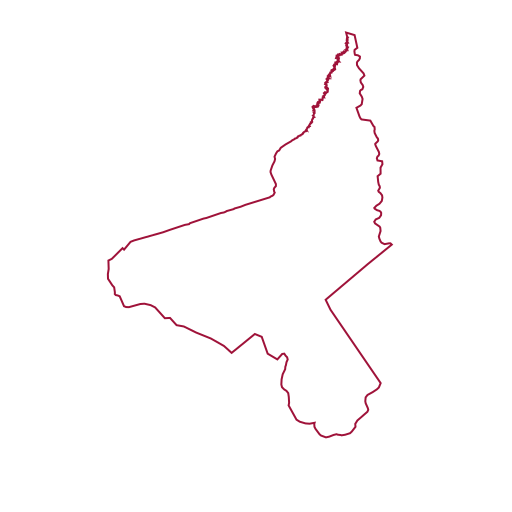 Kabo, Ouham, Central African Republic (orthographic projection), rotated 346°
{"feature_id": "33826404B79989829713557", "entity_name": "Kabo", "entity_type": "district", "adm_level": 2, "iso_a3": "CAF", "parent_name": "Central African Republic", "parent_adm1": "Ouham", "projection": "orthographic", "projection_center": [18.904, 7.84], "detail": "fine", "context": "isolated", "style": "outline", "palette": "rose", "viewbox_px": 512, "rotation_deg": 346, "n_neighbors": 0, "source": "geoboundaries", "source_scale": "gbopen_adm2", "svg_char_len": 5988}
<svg xmlns="http://www.w3.org/2000/svg" viewBox="0 0 512 512"><g transform="rotate(346 256 256)"><path d="M311.2,445.8L311.7,442.9L314.6,440.1L326.4,434.1L327.7,432.4L327.7,430.6L326.8,425.5L326.9,423.4L328.2,419.7L330.6,417.8L336.3,416.3L341.1,414.6L343.4,413.3L346.2,409.5L315.3,326.2L313.0,315.3L362.5,290.9L390.5,277.8L389.5,276.2L388.3,275.9L383.6,275.6L381.1,273.5L380.4,272.1L379.9,269.0L379.9,266.8L382.9,261.9L383.4,258.7L383.1,257.4L379.4,253.2L379.0,251.4L381.0,249.5L384.8,248.8L387.2,246.7L387.9,244.5L387.6,243.2L386.7,242.1L384.5,240.8L382.6,238.8L382.4,238.0L385.0,236.3L388.4,235.2L391.3,233.1L392.0,231.7L392.8,229.8L393.0,227.6L391.9,225.0L390.6,223.4L390.4,222.2L392.7,219.8L392.9,218.2L392.4,216.5L392.5,213.7L393.3,208.0L396.8,206.3L398.2,200.4L400.9,197.5L401.3,194.6L397.0,192.7L396.9,190.4L397.9,188.9L399.3,188.2L400.3,186.8L400.4,184.8L398.9,178.4L398.7,176.5L398.9,175.9L401.9,174.2L402.6,173.2L402.7,171.4L402.0,170.3L400.9,165.4L401.1,163.2L401.8,161.9L402.2,159.5L401.4,158.3L399.7,152.3L391.4,149.0L390.7,147.8L390.2,145.7L389.3,136.5L393.7,135.3L395.3,134.3L397.4,129.4L397.2,127.0L396.0,123.3L396.9,121.0L397.9,120.3L399.5,120.0L401.0,117.9L400.9,116.0L399.7,113.0L399.8,110.8L400.3,109.8L404.8,107.2L404.6,104.9L401.3,98.7L400.2,95.2L400.7,92.8L401.4,91.9L403.5,90.6L404.6,89.3L405.1,87.6L403.4,85.9L400.8,84.8L400.7,83.8L401.0,81.2L401.6,79.8L404.7,78.5L405.1,65.5L397.5,61.0L397.5,65.6L398.0,66.1L397.2,66.7L397.2,67.3L396.8,67.0L396.6,67.5L397.1,67.8L396.1,69.0L396.2,69.4L396.5,69.1L396.8,69.2L396.6,69.9L395.9,70.4L396.3,70.5L396.7,71.3L396.2,71.3L396.3,71.7L395.8,72.2L395.3,72.1L395.6,72.5L395.4,73.1L394.8,72.9L394.5,73.2L394.5,73.5L395.0,73.5L395.3,73.9L395.3,74.4L394.8,74.6L394.7,75.1L395.7,75.8L395.1,76.4L394.8,76.0L394.4,76.1L394.5,77.9L393.8,77.4L393.7,78.0L392.7,77.9L393.0,78.7L392.6,78.7L392.4,79.4L391.7,79.8L391.5,79.2L390.6,79.1L390.5,79.4L391.0,80.1L390.8,80.4L390.2,80.5L390.1,79.8L389.8,80.3L389.4,80.4L389.5,79.4L389.0,79.6L388.4,79.4L388.4,80.8L387.9,81.4L387.5,81.0L386.7,81.2L386.5,80.5L385.8,80.1L385.6,80.2L385.8,80.9L385.4,81.6L385.0,81.4L384.2,81.9L384.0,81.5L384.4,81.4L384.0,80.8L383.7,81.4L383.1,81.0L382.7,81.0L382.5,81.8L383.0,81.8L383.2,82.2L382.2,82.3L381.7,83.1L383.2,83.1L384.4,84.1L384.2,84.5L383.8,84.1L382.7,84.7L382.9,85.2L383.5,85.6L383.2,86.1L383.7,87.3L383.0,87.0L382.4,87.6L382.1,86.7L381.7,86.8L381.4,87.2L382.0,87.7L381.6,87.8L381.3,88.7L380.9,87.9L380.3,87.4L379.8,87.4L379.9,89.3L379.3,89.3L379.3,88.9L378.4,89.0L377.5,89.9L377.8,90.1L378.3,89.7L378.8,90.5L378.6,90.9L377.8,91.3L378.1,91.6L377.9,92.0L378.1,92.9L377.7,93.3L377.9,94.0L377.5,94.2L377.0,93.8L377.0,93.1L376.7,93.0L376.1,93.5L376.7,93.8L376.7,94.4L376.3,94.4L375.8,94.9L375.1,94.0L374.3,93.9L374.1,94.2L374.6,94.8L374.5,95.3L373.7,96.3L373.1,95.8L372.4,95.9L372.3,96.5L371.7,97.0L371.6,98.4L371.3,97.8L370.6,97.6L370.3,97.9L370.5,99.0L369.7,98.5L369.1,98.8L369.1,99.2L369.9,99.7L369.4,99.8L368.6,100.4L369.7,101.4L368.9,101.3L368.7,101.9L368.3,101.3L367.4,101.5L367.8,102.1L367.3,103.4L367.5,104.7L366.9,104.8L366.7,103.9L365.2,104.6L365.3,105.0L364.6,105.9L365.9,106.9L365.9,107.5L365.3,108.0L365.4,108.9L364.7,108.6L364.0,108.9L364.0,109.7L365.3,110.7L366.1,110.4L366.4,110.9L366.3,111.4L365.0,111.7L365.7,113.2L365.0,114.3L363.5,114.1L363.5,114.8L363.1,115.1L362.4,113.8L361.3,114.4L361.8,115.8L361.6,116.7L360.1,117.1L360.5,117.8L360.5,118.4L359.9,118.0L359.1,118.2L359.2,118.8L358.8,119.2L358.3,120.7L357.9,120.8L356.9,119.9L356.3,120.0L355.3,119.6L355.2,119.9L355.6,120.4L355.5,121.7L355.1,121.9L355.0,122.6L354.1,122.6L354.8,122.2L354.5,121.5L354.1,121.7L353.7,122.4L353.1,121.8L352.5,122.5L353.2,123.6L352.0,124.0L351.8,124.8L352.8,125.4L352.1,126.1L351.3,126.0L350.7,125.4L350.1,126.0L349.4,125.8L349.7,125.3L349.4,124.8L348.7,124.9L348.1,124.3L346.9,125.0L347.0,125.9L347.4,125.9L347.4,126.4L346.9,126.9L347.3,126.7L347.6,127.5L347.2,128.1L347.7,128.0L347.6,128.4L348.1,128.8L347.3,130.2L347.7,130.6L347.3,131.2L346.9,131.2L347.1,131.6L346.8,131.7L346.0,133.2L345.4,133.5L345.8,133.9L345.4,134.8L345.9,135.3L344.9,135.5L344.6,136.5L343.9,136.7L343.1,137.8L343.0,139.5L342.1,140.2L341.6,139.8L341.5,140.3L340.7,140.5L340.6,141.0L340.3,141.0L339.2,142.1L339.5,143.0L338.5,143.0L338.3,143.7L337.7,143.4L336.8,143.8L336.6,144.6L335.5,145.6L335.6,146.1L335.2,145.7L334.8,146.1L335.1,146.6L334.8,147.0L334.1,146.9L332.4,147.4L331.5,147.9L331.5,148.4L331.0,148.7L330.3,148.9L330.3,149.1L328.5,149.5L328.3,149.9L327.0,149.8L325.6,150.5L325.5,150.3L324.8,150.8L324.7,151.2L322.5,151.6L322.1,151.5L321.4,152.0L319.1,152.5L317.8,153.2L311.7,154.9L306.2,157.0L304.0,159.2L302.1,159.6L300.3,161.3L298.0,164.1L298.0,166.5L296.8,168.7L293.8,172.1L290.9,176.6L290.4,178.0L290.6,180.6L292.7,191.0L292.2,193.0L290.3,194.3L289.4,195.5L289.2,197.9L289.5,199.0L287.8,200.9L286.6,201.5L284.4,201.9L283.6,202.4L258.1,203.8L253.0,204.5L246.5,204.7L245.8,205.1L238.2,205.3L237.4,205.7L235.3,206.0L232.4,205.8L217.1,207.1L214.1,207.0L199.8,208.2L198.8,208.9L194.5,208.6L178.6,209.8L171.5,210.5L141.5,211.4L137.7,211.9L129.5,217.9L128.4,216.1L115.4,223.9L111.7,224.7L109.9,233.0L107.9,237.7L106.9,242.3L109.5,249.7L110.8,252.1L110.3,257.0L109.8,258.8L110.5,260.0L112.2,260.8L114.0,262.1L115.8,272.8L117.6,274.1L120.3,274.9L132.1,274.6L136.2,275.3L141.9,278.2L145.7,281.5L152.5,294.3L157.6,295.3L162.2,303.9L168.9,306.9L179.4,315.8L192.2,325.1L203.2,335.6L208.9,344.1L236.0,331.4L242.0,335.8L243.7,353.6L251.7,361.5L257.7,357.4L259.8,357.6L260.6,359.9L261.7,361.8L261.7,364.1L259.9,366.4L258.6,369.2L257.7,370.5L256.9,372.9L253.3,377.2L251.0,381.9L249.5,386.8L249.5,389.6L251.0,392.2L252.9,394.2L254.1,396.8L253.7,400.8L252.6,406.5L251.5,408.9L255.7,424.6L258.4,427.4L263.5,430.4L267.4,431.7L272.5,432.0L271.9,433.0L271.4,435.9L271.9,438.1L274.5,444.3L275.6,445.9L280.0,448.9L283.3,449.0L288.0,448.4L291.0,448.4L292.2,449.2L294.9,450.2L295.6,450.7L299.3,451.0L304.4,450.7L306.5,449.5L311.2,445.8Z" fill="none" stroke="#9f1239" stroke-width="2"/></g></svg>